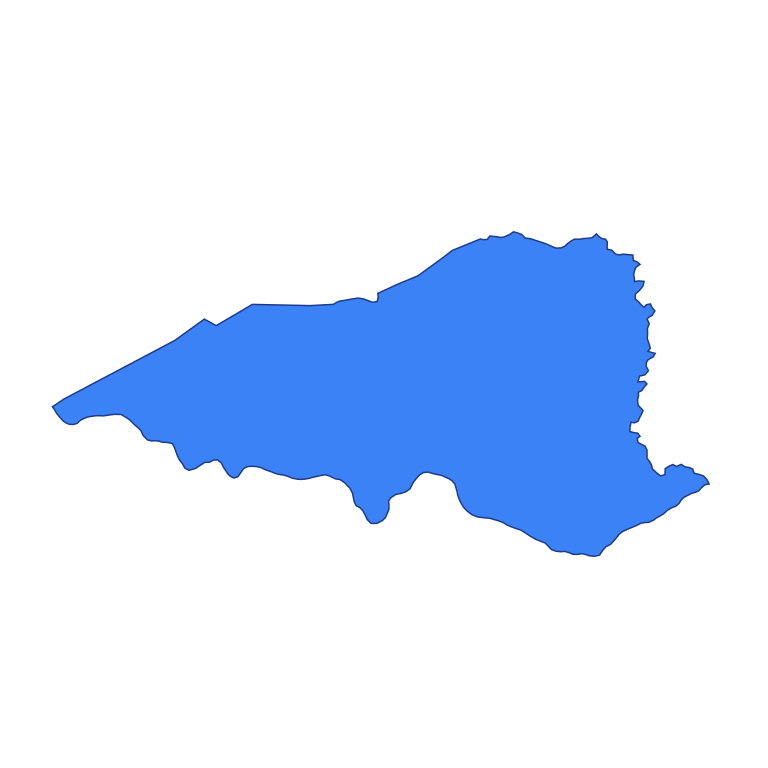 outline of Rafael Jambeiro, Bahia, Brazil, rotated 3°
{"feature_id": "56859067B89791496420122", "entity_name": "Rafael Jambeiro", "entity_type": "district", "adm_level": 2, "iso_a3": "BRA", "parent_name": "Brazil", "parent_adm1": "Bahia", "projection": "mercator", "projection_center": [-39.536, -12.474], "detail": "fine", "context": "isolated", "style": "filled", "palette": "blue", "viewbox_px": 768, "rotation_deg": 3, "n_neighbors": 0, "source": "geoboundaries", "source_scale": "gbopen_adm2", "svg_char_len": 4078}
<svg xmlns="http://www.w3.org/2000/svg" viewBox="0 0 768 768"><g transform="rotate(3 384 384)"><path d="M713.9,466.9L711.6,462.7L707.9,459.1L703.2,457.8L698.3,456.8L696.8,452.9L693.2,451.4L688.7,450.9L685.0,448.7L680.5,451.0L676.5,449.3L672.9,451.2L669.3,453.7L669.3,459.8L664.9,461.3L661.1,458.6L656.6,454.8L655.0,450.1L653.0,447.2L650.5,444.4L650.4,440.6L650.0,435.9L647.8,432.3L644.4,430.9L640.7,429.1L639.8,424.8L642.4,422.9L640.0,419.8L636.3,419.5L632.0,418.6L632.0,413.5L632.8,409.2L636.0,409.7L639.6,408.0L641.2,403.8L642.6,400.9L644.1,396.9L638.8,391.8L638.0,386.7L638.8,382.2L638.4,378.9L641.7,377.2L644.5,372.8L646.6,370.2L644.0,367.7L637.4,368.7L638.8,362.7L644.1,361.2L647.4,356.8L644.8,352.5L645.0,348.6L646.6,345.8L651.4,342.8L653.2,339.2L649.0,338.4L645.9,337.5L648.0,334.5L647.1,331.2L645.7,327.9L644.5,324.9L644.6,319.7L644.1,314.9L645.7,309.8L643.3,305.5L645.5,303.0L648.3,301.4L650.7,296.8L647.4,293.3L645.9,290.1L641.9,291.1L639.6,293.8L636.7,291.5L633.9,288.5L630.5,286.0L630.3,281.1L634.4,277.0L637.4,272.7L638.4,267.9L633.2,267.7L628.9,268.6L628.4,265.1L627.6,261.5L628.2,257.8L629.6,254.1L633.4,251.1L630.5,248.9L626.5,247.5L625.8,242.2L622.2,242.1L616.4,241.8L611.8,242.8L608.4,242.1L604.4,238.4L599.7,237.7L599.6,234.1L599.6,230.5L597.7,227.8L594.1,227.4L591.0,225.6L588.3,223.0L584.1,227.1L580.0,227.8L575.8,228.3L571.6,229.2L566.6,229.4L563.7,231.2L560.4,233.8L557.3,236.9L553.7,238.8L548.5,239.3L543.8,237.6L539.6,236.0L535.6,234.7L531.4,233.6L527.7,232.6L522.6,231.2L517.3,230.8L513.7,227.5L508.4,225.8L505.2,225.3L502.2,227.8L498.7,229.7L495.8,231.0L492.5,231.6L489.0,231.0L485.2,230.8L481.9,230.7L479.5,234.2L475.9,234.7L472.7,234.1L445.1,247.1L436.5,254.5L412.2,274.2L392.9,283.4L373.0,293.8L373.7,297.3L372.9,302.0L368.2,303.0L363.9,301.6L359.5,300.2L353.9,299.5L348.4,300.6L343.3,301.8L339.6,302.7L335.8,303.4L332.3,305.0L329.4,307.1L306.1,309.6L248.4,311.4L213.4,334.5L201.2,328.6L172.7,351.5L65.1,415.8L54.1,424.1L56.4,427.0L58.2,429.9L61.0,433.2L65.5,437.7L68.3,439.4L71.3,440.6L75.9,440.7L79.6,439.4L82.8,436.0L86.3,434.1L89.6,432.5L93.6,431.6L98.4,430.7L102.3,430.5L105.5,430.5L112.0,429.2L116.3,428.4L123.1,428.2L128.8,431.2L132.4,433.5L137.3,438.0L140.0,440.0L143.7,443.3L146.2,448.1L150.8,452.2L154.6,453.0L158.7,452.6L162.3,452.9L165.8,453.8L170.2,453.7L175.8,454.5L178.1,458.4L181.5,466.6L183.9,470.8L186.8,474.0L189.5,478.4L193.8,480.4L200.0,478.3L205.6,474.2L209.4,471.5L213.9,471.2L217.6,468.9L221.9,468.5L225.8,471.5L228.3,475.9L232.6,481.7L235.0,484.0L239.0,485.8L243.0,484.2L246.3,478.8L248.4,475.6L251.8,473.8L255.5,473.1L260.5,473.1L265.4,473.8L269.9,475.8L275.9,477.5L280.1,479.0L283.8,479.7L288.6,480.2L293.0,481.3L297.6,482.9L302.6,483.6L306.0,483.6L310.0,483.1L314.6,482.0L317.7,480.9L321.2,480.0L325.2,478.8L330.2,477.7L334.6,478.8L340.6,481.3L345.4,481.8L350.3,485.0L355.4,489.8L358.3,494.8L359.3,498.9L360.6,503.6L362.7,507.1L366.1,508.5L369.5,511.6L372.5,516.6L374.3,520.2L378.4,523.9L384.1,523.6L389.5,520.5L392.3,517.5L394.5,511.9L395.5,508.5L395.3,504.5L394.7,500.6L396.9,497.1L401.5,493.7L407.0,492.3L411.7,490.3L415.5,487.3L418.3,480.9L421.4,476.3L424.5,472.8L428.2,470.3L432.6,469.7L436.7,470.7L440.9,471.5L445.8,472.1L450.5,473.9L453.8,475.2L456.9,477.0L459.9,480.0L462.6,487.5L463.5,491.4L465.6,496.2L467.7,499.7L469.8,502.8L473.9,506.7L479.0,510.1L483.4,511.6L487.3,512.1L492.7,512.4L496.5,512.5L501.5,513.7L505.1,514.5L510.2,516.1L514.3,518.4L517.8,519.7L523.7,521.5L528.3,522.7L531.6,524.5L537.5,528.0L543.3,531.0L547.7,532.5L553.3,534.4L556.6,537.4L559.9,540.6L564.7,542.0L569.3,542.2L573.4,541.7L578.0,542.9L581.7,544.2L586.1,544.0L590.4,543.1L593.7,543.6L598.5,544.9L603.4,545.0L608.2,543.6L610.8,539.1L614.1,534.9L618.6,532.3L622.8,527.3L626.5,522.0L629.9,518.9L635.1,516.1L640.9,513.4L645.0,511.3L647.8,509.6L651.6,508.7L655.7,508.3L660.6,505.6L663.0,503.5L666.5,501.4L670.1,498.9L673.4,495.5L677.6,492.6L681.9,490.7L684.9,487.8L686.9,484.2L689.2,481.7L692.8,479.5L696.8,477.2L701.2,475.6L704.1,474.1L706.0,471.5L709.7,467.8L713.9,466.9Z" fill="#3b82f6" stroke="#1e3a8a" stroke-width="1.5"/></g></svg>